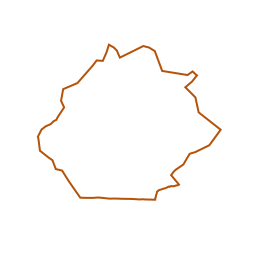 Gagarawa, Jigawa, Nigeria (Equal Earth projection), rotated 38°
{"feature_id": "59680162B30447030328077", "entity_name": "Gagarawa", "entity_type": "district", "adm_level": 2, "iso_a3": "NGA", "parent_name": "Nigeria", "parent_adm1": "Jigawa", "projection": "equal_earth", "projection_center": [9.565, 12.485], "detail": "fine", "context": "isolated", "style": "outline", "palette": "amber", "viewbox_px": 256, "rotation_deg": 38, "n_neighbors": 0, "source": "geoboundaries", "source_scale": "gbopen_adm2", "svg_char_len": 1500}
<svg xmlns="http://www.w3.org/2000/svg" viewBox="0 0 256 256"><g transform="rotate(38 128 128)"><path d="M61.7,74.1L64.5,81.6L66.8,90.6L61.7,94.1L61.8,100.5L60.5,123.7L53.0,137.3L58.5,147.8L65.0,151.1L65.9,162.6L66.5,165.7L65.2,168.5L64.7,172.5L62.1,177.4L60.8,182.4L62.4,190.5L63.7,191.3L72.6,200.1L83.4,200.2L88.3,199.9L96.4,204.8L102.3,202.1L105.0,203.1L113.3,206.1L119.3,208.0L122.5,209.0L133.3,212.3L138.2,208.7L143.7,204.4L147.3,201.1L152.0,198.1L156.9,195.1L159.9,192.6L161.4,191.5L163.2,190.1L166.7,187.6L168.8,186.0L171.3,184.1L174.9,181.4L178.1,179.2L180.4,177.7L184.2,174.5L185.3,173.9L186.7,172.8L187.9,172.0L189.1,171.1L190.2,170.2L191.3,169.5L193.4,167.9L193.6,167.7L192.5,166.2L192.5,165.5L192.0,164.7L191.5,163.7L191.1,162.3L190.8,161.6L190.4,160.9L190.1,160.3L190.2,159.7L190.5,158.6L190.9,157.4L191.7,156.5L192.4,155.4L193.1,154.2L193.9,153.4L194.3,152.6L195.0,151.5L195.5,150.6L196.0,149.3L196.4,148.9L197.1,148.7L197.4,147.6L197.9,147.2L198.7,146.6L199.3,146.1L199.9,145.8L200.4,145.1L201.0,144.2L201.3,143.6L201.8,143.2L202.3,142.7L202.8,141.9L203.0,141.2L191.0,138.6L190.9,134.1L191.4,131.2L194.1,122.6L193.5,118.4L192.5,110.4L193.6,108.7L195.8,105.7L202.7,91.5L202.1,72.3L174.1,72.2L162.3,62.4L148.1,60.6L149.9,51.9L149.9,47.0L150.0,44.1L149.2,44.1L148.7,44.1L147.6,44.0L146.5,43.9L145.7,43.8L144.9,43.7L144.1,43.7L142.3,49.6L119.8,62.0L101.8,50.9L95.1,51.6L89.6,54.0L78.3,77.5L75.6,76.1L71.7,73.9L67.4,73.3L61.7,74.1Z" fill="none" stroke="#b45309" stroke-width="2"/></g></svg>